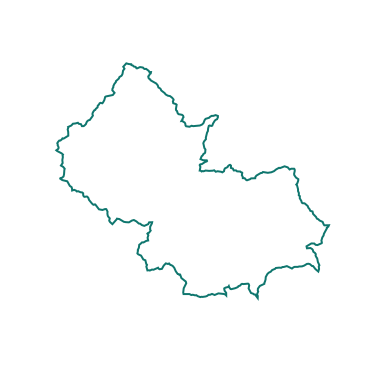 outline of Huaraz, Áncash, Peru, rotated 231°
{"feature_id": "86281439B31428964114351", "entity_name": "Huaraz", "entity_type": "district", "adm_level": 2, "iso_a3": "PER", "parent_name": "Peru", "parent_adm1": "Áncash", "projection": "robinson", "projection_center": [-77.639, -9.574], "detail": "fine", "context": "isolated", "style": "outline", "palette": "teal", "viewbox_px": 384, "rotation_deg": 231, "n_neighbors": 0, "source": "geoboundaries", "source_scale": "gbopen_adm2", "svg_char_len": 6056}
<svg xmlns="http://www.w3.org/2000/svg" viewBox="0 0 384 384"><g transform="rotate(231 192 192)"><path d="M234.8,260.0L236.9,258.7L237.8,256.4L238.8,255.2L239.1,253.3L238.9,252.1L240.3,248.6L239.9,247.0L238.3,244.2L238.1,242.3L238.7,240.0L242.4,234.4L243.7,233.4L244.3,231.1L246.8,228.8L247.7,228.8L249.4,229.8L250.6,230.0L253.4,229.0L253.8,228.4L254.2,229.2L254.2,230.2L255.0,230.9L255.5,232.5L256.9,233.1L258.3,232.8L261.0,230.5L262.4,230.5L264.3,231.3L265.4,231.1L266.6,231.7L269.5,235.0L270.5,234.8L272.8,233.3L274.5,234.2L275.0,235.4L275.5,235.9L277.7,235.9L280.3,235.3L282.1,233.8L284.5,232.9L286.0,233.0L290.3,232.0L291.5,232.4L292.5,232.4L294.4,231.7L296.4,232.5L298.8,232.5L304.9,230.1L305.7,230.4L306.8,230.0L308.0,230.0L309.4,230.8L309.5,232.0L310.2,233.1L310.1,234.5L311.0,235.6L312.0,234.4L313.4,234.6L316.6,233.8L317.4,232.6L318.4,232.2L319.3,232.3L320.2,231.7L321.8,230.2L322.6,227.2L323.1,226.7L324.7,226.9L326.1,225.8L327.6,225.6L328.7,224.8L329.5,225.2L331.1,223.5L333.3,221.9L332.6,217.4L330.3,217.1L329.7,214.8L327.5,212.3L326.9,211.0L326.7,210.3L327.0,208.0L326.2,206.5L326.0,202.6L325.3,201.9L324.9,199.8L323.8,197.5L323.0,196.9L322.3,195.2L321.2,194.1L317.8,194.2L317.2,191.5L320.4,185.3L320.5,184.3L318.6,181.7L317.5,179.0L317.4,178.1L318.8,177.1L319.1,176.1L318.5,174.6L318.4,173.1L317.2,171.8L317.2,169.6L316.7,168.5L317.0,167.6L316.5,165.8L315.8,164.3L315.1,163.6L313.8,163.1L313.4,162.0L312.3,157.8L312.7,157.2L313.0,155.7L312.6,154.1L311.5,152.2L311.3,149.9L311.5,149.1L312.5,147.9L314.5,148.4L316.4,146.9L317.6,146.9L318.6,144.6L320.0,142.4L319.6,140.1L320.5,136.6L319.9,136.4L318.9,134.8L316.6,133.6L313.6,131.3L314.3,125.8L315.2,125.1L314.8,123.8L314.8,122.1L315.5,121.3L315.3,119.7L314.7,118.0L313.6,117.7L312.9,117.0L311.4,116.7L310.2,116.1L309.7,115.1L309.8,112.8L308.7,113.0L304.1,115.0L302.2,115.3L301.7,114.3L300.5,113.7L298.4,111.3L295.9,109.7L295.0,106.8L292.6,107.7L290.2,107.7L289.5,106.7L286.3,103.7L284.9,101.9L284.9,99.9L285.6,98.5L285.3,98.0L282.9,98.7L278.8,101.8L273.7,100.9L271.6,101.5L270.1,100.9L268.6,99.8L267.8,101.8L266.2,102.7L264.9,102.8L264.3,104.0L262.0,105.2L260.7,106.4L259.5,106.6L258.1,105.5L256.7,105.1L255.9,105.4L254.7,107.4L254.2,107.7L252.5,107.7L250.7,107.0L246.1,107.0L244.2,107.3L243.8,107.7L243.5,108.8L243.1,109.0L237.1,108.8L234.4,111.1L233.4,113.8L232.6,114.6L229.9,114.0L228.4,112.6L226.8,111.7L225.8,111.4L223.3,111.5L221.8,109.6L220.2,109.4L217.1,109.9L218.2,116.3L218.5,116.9L216.7,118.5L211.7,120.3L210.2,121.6L208.1,123.9L207.6,127.4L206.8,129.2L204.1,130.3L201.0,130.8L199.9,131.8L197.9,132.2L195.7,133.6L194.6,137.7L195.4,139.6L193.6,142.0L192.8,141.0L191.3,137.6L189.1,135.8L188.0,135.6L187.4,132.9L187.8,132.1L187.7,131.1L185.9,130.9L184.4,128.7L181.9,127.4L182.8,125.7L183.3,122.6L184.3,121.4L184.1,119.2L184.2,117.8L182.1,115.6L181.0,113.3L180.5,113.2L178.6,110.9L177.4,111.0L174.6,112.4L170.2,111.7L168.3,112.8L164.9,111.2L163.7,111.2L162.8,109.6L159.1,108.0L158.2,109.4L157.5,109.8L156.9,112.1L155.8,113.2L154.5,118.0L153.5,117.8L152.4,118.2L151.2,120.2L152.6,123.7L153.0,126.7L151.1,128.1L150.9,129.2L148.9,129.3L148.0,130.0L146.4,130.5L144.2,130.5L140.6,129.5L137.3,129.3L136.4,130.1L135.6,130.0L135.2,130.8L131.8,129.6L126.3,130.8L124.7,130.1L122.4,125.0L119.4,121.9L118.0,121.2L114.3,125.8L112.4,126.6L111.6,128.0L109.8,129.3L109.0,130.5L107.6,130.8L105.1,132.3L104.7,133.3L103.8,134.2L102.2,136.9L101.7,138.4L101.7,140.2L100.8,141.3L100.2,143.4L97.7,144.8L96.6,148.7L92.7,152.6L91.3,153.4L90.1,153.5L92.1,155.1L94.7,155.2L96.5,156.1L96.8,156.4L96.6,157.8L95.4,160.5L95.7,161.4L94.4,160.9L92.3,160.9L91.7,161.5L90.1,164.9L89.5,166.9L89.3,167.9L89.6,168.8L89.0,170.5L89.3,172.0L89.1,173.1L88.1,174.0L85.5,177.9L84.8,178.1L83.5,177.7L81.4,175.3L76.4,174.3L74.5,175.5L73.4,175.7L72.7,176.5L68.2,176.3L69.8,177.7L71.6,178.2L73.0,180.8L74.0,181.1L75.4,182.4L76.3,185.6L75.1,190.4L76.1,191.4L76.3,192.1L77.7,194.1L79.5,195.8L80.8,198.9L81.0,200.9L80.5,203.1L80.9,205.1L80.0,208.3L80.2,209.3L78.6,211.8L76.9,213.8L76.8,215.0L76.0,216.1L74.7,219.1L69.6,221.5L69.6,223.5L69.2,224.7L67.2,227.1L66.7,228.4L65.0,230.6L64.2,232.9L63.8,236.0L63.0,237.3L61.8,238.2L59.0,238.7L58.2,239.5L54.5,239.4L50.7,240.1L52.2,242.3L54.4,243.7L54.9,244.9L58.4,245.8L61.8,247.6L62.5,247.5L64.8,248.0L65.8,249.1L67.3,249.2L69.2,248.7L71.2,249.5L72.2,249.4L73.9,248.8L75.9,245.9L77.7,246.8L76.9,252.4L75.0,254.6L73.2,254.8L71.8,256.1L70.6,260.6L71.1,261.2L72.8,262.0L74.7,264.7L75.4,266.9L76.5,268.2L78.9,274.0L79.4,274.3L79.3,276.1L80.0,277.5L82.8,273.9L83.8,273.9L86.6,274.7L89.6,273.2L91.4,273.0L92.7,272.3L94.6,272.7L98.7,272.3L101.0,273.4L102.9,272.1L105.0,272.6L106.6,272.5L108.2,273.1L111.8,272.5L112.4,272.3L113.8,270.8L114.8,270.7L116.1,271.3L119.3,271.8L120.9,273.2L122.2,272.9L123.9,274.4L126.0,275.0L127.5,276.2L131.3,277.9L132.1,277.7L132.6,279.5L134.0,281.7L135.1,282.7L137.7,281.9L140.7,282.1L141.8,282.7L143.8,285.2L145.0,286.0L145.8,286.0L147.6,283.8L148.1,282.0L150.9,281.9L153.7,280.1L155.2,275.4L156.0,274.9L156.1,274.4L156.6,271.7L156.6,268.8L157.4,266.1L159.2,263.0L162.9,259.7L162.8,258.4L163.5,257.3L164.2,252.5L163.9,250.9L162.9,249.8L165.4,246.5L165.4,245.2L166.5,242.1L167.3,241.7L169.6,241.6L170.8,240.2L171.9,241.0L173.7,241.3L175.2,243.1L175.7,243.1L176.6,242.5L177.5,242.4L179.7,240.0L181.1,239.8L182.5,238.0L184.5,238.5L186.2,237.4L188.0,238.9L189.1,238.7L189.4,238.2L189.5,236.6L189.0,235.2L189.6,232.5L189.2,231.4L188.0,229.9L188.2,227.9L189.2,227.5L192.0,225.0L192.8,223.2L194.9,222.9L195.6,221.4L197.7,218.5L200.1,216.1L200.8,214.1L201.8,213.1L201.9,212.4L203.3,212.1L203.8,211.5L206.2,214.3L207.9,214.8L208.3,215.3L208.2,216.0L207.5,217.1L207.1,221.0L206.5,222.7L206.6,223.2L207.3,223.4L209.6,220.7L212.2,219.3L213.7,221.9L213.7,223.2L214.4,225.0L214.1,226.3L214.5,227.2L216.6,229.2L218.4,229.3L222.8,231.5L223.7,233.1L224.3,236.1L225.5,236.9L228.7,241.1L229.3,242.6L231.3,244.6L232.8,246.7L232.5,247.7L231.2,248.5L230.8,249.5L232.0,251.5L233.1,254.6L233.2,255.7L232.8,257.3L233.8,259.2L234.8,260.0Z" fill="none" stroke="#0f766e" stroke-width="2"/></g></svg>